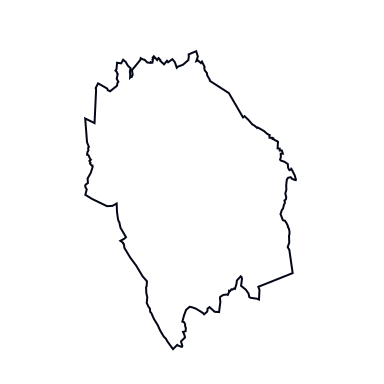 the district of Mullingar Lea-6, Westmeath, Ireland, rotated 74°
{"feature_id": "5873133B77871835478253", "entity_name": "Mullingar Lea-6", "entity_type": "district", "adm_level": 2, "iso_a3": "IRL", "parent_name": "Ireland", "parent_adm1": "Westmeath", "projection": "equal_earth", "projection_center": [-7.319, 53.526], "detail": "fine", "context": "isolated", "style": "outline", "palette": "ink", "viewbox_px": 384, "rotation_deg": 74, "n_neighbors": 0, "source": "geoboundaries", "source_scale": "gbopen_adm2", "svg_char_len": 3098}
<svg xmlns="http://www.w3.org/2000/svg" viewBox="0 0 384 384"><g transform="rotate(74 192 192)"><path d="M107.1,129.3L90.1,144.2L88.9,144.0L84.2,145.2L81.6,144.9L78.7,146.2L76.0,146.0L75.3,145.4L69.4,146.5L70.5,147.9L67.2,150.0L67.4,151.8L63.3,149.0L57.8,149.2L58.8,157.3L60.6,157.6L64.2,159.2L67.2,165.7L67.6,170.8L68.4,172.4L62.6,172.7L58.9,174.2L60.7,179.2L59.0,179.9L61.6,183.7L57.1,186.4L56.6,186.0L54.2,187.1L54.0,187.3L55.6,189.1L51.0,191.3L51.9,192.7L53.1,192.3L53.7,193.5L55.0,193.4L56.7,194.4L55.9,195.8L56.5,196.1L55.2,199.3L51.8,201.1L50.9,202.8L49.2,204.4L50.8,205.3L58.4,216.2L62.9,216.7L64.8,218.3L64.5,219.1L65.0,220.0L62.5,219.1L59.3,218.6L56.1,216.9L53.0,218.8L48.7,219.9L45.9,221.7L48.8,224.6L47.1,228.4L53.1,230.7L54.2,232.1L55.8,231.2L58.0,231.2L58.2,230.9L62.4,233.2L65.8,232.4L66.6,233.6L69.2,234.8L72.6,243.0L70.9,244.9L69.2,245.0L61.7,252.3L65.6,256.0L66.4,255.8L69.4,256.7L98.9,266.7L91.9,274.4L115.3,279.2L120.3,278.7L121.0,279.7L123.7,280.2L124.5,281.3L127.2,282.6L128.1,281.4L132.0,280.8L133.1,280.3L133.9,282.1L135.8,281.5L136.5,282.2L138.9,281.2L139.1,280.4L140.5,280.6L145.8,284.1L150.2,288.6L154.7,289.6L155.6,292.2L156.4,292.8L157.4,293.2L160.5,292.5L165.3,295.3L171.0,290.1L182.2,277.6L183.4,272.3L182.3,267.6L190.5,269.6L197.4,270.6L200.0,270.6L200.7,270.2L206.7,270.6L217.2,267.9L218.2,269.8L219.2,274.3L221.7,272.3L222.6,272.4L223.4,271.8L227.1,272.4L238.2,269.4L247.2,266.0L259.5,262.7L265.4,259.9L270.1,261.6L270.9,262.4L276.6,263.8L280.9,264.0L286.2,266.1L290.8,265.3L292.3,264.6L295.8,265.2L297.0,264.5L303.5,263.6L310.6,261.6L316.4,260.8L323.2,259.0L325.9,257.5L328.7,256.9L337.8,253.6L334.9,248.3L336.0,247.5L338.1,244.5L337.3,243.7L332.6,243.8L329.9,238.8L327.4,238.7L324.0,239.2L324.1,236.6L321.1,235.4L319.1,235.6L317.4,235.1L315.0,235.4L314.0,237.0L308.3,233.6L303.6,230.1L301.7,225.9L302.9,223.6L305.2,220.4L311.2,214.9L312.9,214.1L311.3,210.6L310.3,209.8L308.4,209.2L307.5,206.9L313.4,203.2L314.9,199.1L305.4,195.0L301.6,194.4L300.6,193.8L299.6,190.5L300.1,186.8L300.8,186.0L298.5,184.0L297.1,183.6L297.7,182.6L296.4,180.9L297.0,179.8L296.3,178.4L297.0,177.4L292.6,174.6L289.4,173.2L286.5,168.4L287.2,167.9L289.0,167.8L295.7,170.7L300.7,167.2L305.3,165.6L308.7,165.9L309.9,164.8L312.4,159.1L313.9,157.3L304.6,154.1L301.4,154.4L297.7,117.6L274.5,114.4L271.3,115.2L267.5,112.5L260.7,110.8L259.4,109.9L256.3,109.1L253.4,109.0L252.3,109.5L250.9,109.2L248.1,109.7L245.2,110.6L244.2,112.4L237.6,113.0L234.0,110.5L233.1,109.1L229.9,107.3L227.7,105.5L225.7,105.5L224.9,103.7L223.2,102.9L219.1,102.7L215.9,100.7L211.2,99.5L206.2,97.4L204.8,95.8L205.0,93.0L206.9,92.2L208.8,89.8L209.2,89.0L208.9,88.7L204.1,88.7L197.5,90.0L197.1,90.2L197.7,90.7L197.9,92.3L196.9,92.6L195.1,92.9L191.5,92.2L188.5,94.7L186.1,98.1L185.1,98.4L183.1,97.0L179.7,96.2L180.2,94.1L176.8,94.2L176.3,96.2L174.5,95.7L173.7,97.7L167.3,95.5L163.3,99.8L162.8,99.1L162.0,99.9L161.3,102.5L159.5,102.2L158.8,101.6L156.6,103.9L153.3,105.9L148.0,111.1L148.3,111.8L145.6,113.5L143.6,115.4L138.0,118.0L133.6,120.6L134.4,122.4L107.1,129.3Z" fill="none" stroke="#020617" stroke-width="2"/></g></svg>